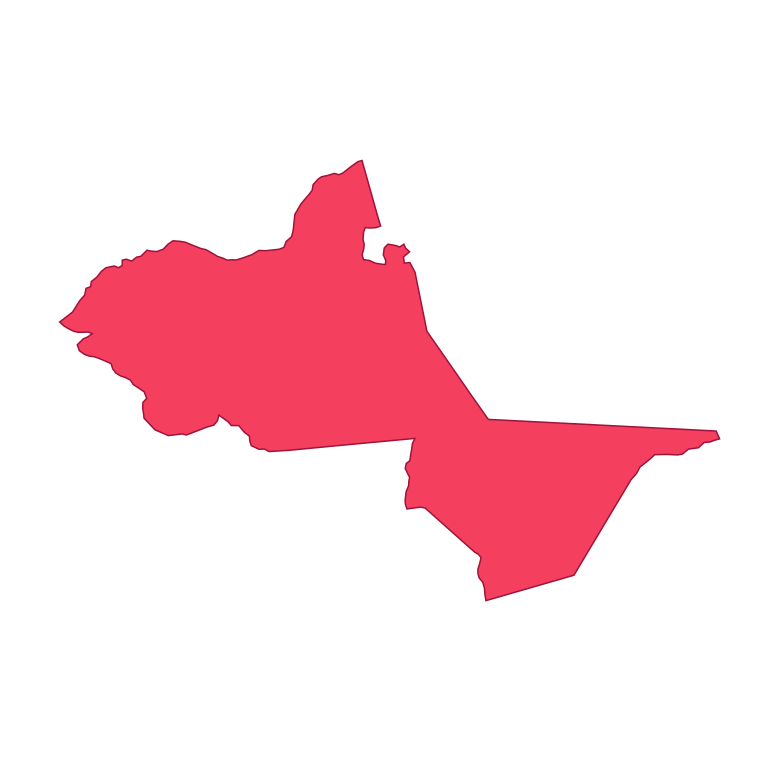 the district of Guaraciaba do Norte, Ceará, Brazil, rotated 222°
{"feature_id": "56859067B84728913810343", "entity_name": "Guaraciaba do Norte", "entity_type": "district", "adm_level": 2, "iso_a3": "BRA", "parent_name": "Brazil", "parent_adm1": "Ceará", "projection": "robinson", "projection_center": [-40.863, -4.244], "detail": "fine", "context": "isolated", "style": "filled", "palette": "rose", "viewbox_px": 768, "rotation_deg": 222, "n_neighbors": 0, "source": "geoboundaries", "source_scale": "gbopen_adm2", "svg_char_len": 2486}
<svg xmlns="http://www.w3.org/2000/svg" viewBox="0 0 768 768"><g transform="rotate(222 384 384)"><path d="M136.2,505.4L135.5,512.6L127.4,520.3L118.2,527.9L115.3,531.7L114.2,539.3L107.7,547.0L106.9,554.8L102.8,559.2L101.0,562.9L97.9,567.8L105.7,571.3L282.8,427.5L315.6,435.0L321.3,436.4L387.4,451.9L435.7,487.8L446.1,491.6L449.8,487.4L454.5,491.5L453.5,499.4L458.8,499.4L462.8,501.2L464.0,496.4L468.0,494.7L474.6,490.6L474.8,485.2L470.9,479.5L465.3,476.9L462.9,473.7L466.2,471.3L471.1,468.1L477.6,466.0L482.5,462.7L486.7,465.4L489.1,470.2L492.0,474.4L496.5,477.6L500.8,483.3L502.6,487.6L498.7,490.6L494.6,494.8L492.2,499.2L499.3,503.4L549.9,535.4L552.1,531.9L553.7,525.1L554.5,520.6L555.8,513.3L557.5,509.4L561.8,507.3L565.4,501.3L569.1,496.2L570.1,492.0L570.1,484.8L567.0,479.9L566.6,475.3L566.4,467.0L566.1,461.7L564.6,454.7L563.8,450.5L554.1,437.1L551.2,431.5L552.1,424.5L549.8,418.5L552.1,414.0L557.8,407.6L561.1,403.9L566.4,399.5L568.7,391.8L572.8,384.1L576.8,377.3L580.5,374.2L583.4,371.1L587.7,369.8L593.2,367.4L599.6,366.2L606.3,364.7L610.2,362.4L615.2,360.5L620.6,358.5L626.6,356.4L631.1,353.5L636.6,349.3L638.1,343.1L638.2,336.6L641.5,330.4L646.0,326.9L649.7,324.8L650.1,316.3L652.7,312.8L653.8,306.5L658.9,304.4L661.4,300.9L657.8,296.9L659.1,292.8L663.4,291.2L666.1,287.6L668.5,284.2L669.4,278.6L668.9,271.2L670.1,264.3L667.1,260.1L669.4,255.7L665.9,249.7L665.9,242.5L664.6,234.9L663.6,229.1L666.5,213.0L660.5,213.0L655.3,214.0L649.7,215.6L646.2,217.6L642.8,220.5L638.6,224.7L634.6,226.2L635.6,221.0L637.7,216.3L638.2,207.9L632.7,204.9L626.3,205.6L621.6,207.5L617.7,210.3L613.5,212.1L609.0,213.7L600.4,216.5L595.7,213.7L590.5,212.7L585.3,213.7L580.3,215.8L575.0,217.2L569.9,215.8L564.4,216.7L557.0,217.7L550.8,214.6L550.8,209.0L547.0,204.5L543.1,201.3L539.4,198.0L523.5,196.7L509.7,201.4L500.5,211.9L496.7,213.9L486.8,233.4L482.9,239.7L483.2,245.3L485.9,250.4L474.2,251.6L469.7,250.9L464.1,255.9L455.7,254.7L449.2,255.2L445.3,251.6L441.4,249.4L433.3,251.8L429.2,255.7L424.2,256.9L410.1,271.3L371.1,313.8L328.9,359.6L324.6,364.2L323.0,358.7L319.9,354.2L316.2,348.3L313.5,344.3L314.3,339.9L311.7,335.4L302.5,331.7L300.2,328.0L297.6,324.8L295.5,318.8L290.6,311.8L287.4,308.8L283.3,306.5L279.2,311.4L274.3,317.1L270.4,319.3L204.3,319.7L200.2,320.6L195.8,320.0L193.1,315.3L190.3,309.2L187.5,306.1L183.4,303.5L178.1,302.8L173.0,299.7L168.5,295.4L163.3,291.2L114.9,369.0L136.4,478.3L136.5,486.7L138.2,493.6L136.2,505.4Z" fill="#f43f5e" stroke="#9f1239" stroke-width="1.5"/></g></svg>